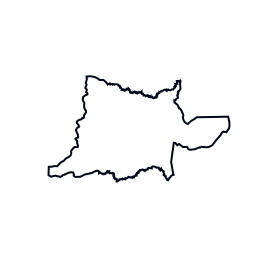 Somdet, Kalasin, Thailand (Mercator projection), rotated 240°
{"feature_id": "78962969B31755539935973", "entity_name": "Somdet", "entity_type": "district", "adm_level": 2, "iso_a3": "THA", "parent_name": "Thailand", "parent_adm1": "Kalasin", "projection": "mercator", "projection_center": [103.756, 16.783], "detail": "fine", "context": "isolated", "style": "outline", "palette": "ink", "viewbox_px": 256, "rotation_deg": 240, "n_neighbors": 0, "source": "geoboundaries", "source_scale": "gbopen_adm2", "svg_char_len": 5845}
<svg xmlns="http://www.w3.org/2000/svg" viewBox="0 0 256 256"><g transform="rotate(240 128 128)"><path d="M193.3,117.9L190.6,116.6L188.2,114.0L186.1,113.7L184.1,111.1L182.0,111.5L181.3,111.1L180.0,109.7L178.3,110.2L177.7,110.0L177.4,109.6L177.6,106.6L177.3,104.7L175.2,103.1L174.0,102.7L171.5,102.7L169.0,101.0L167.5,100.3L166.0,100.1L163.7,100.2L162.5,99.4L161.0,96.2L159.5,95.3L158.9,94.7L159.0,94.0L159.5,93.4L158.8,92.0L159.5,89.7L159.3,87.5L158.9,86.6L157.9,86.3L155.0,86.6L153.6,86.4L153.5,83.9L152.3,82.0L151.8,81.7L147.3,81.2L145.6,80.5L144.8,79.8L145.1,78.0L144.8,77.0L142.8,77.4L141.8,77.3L140.2,76.3L137.9,75.9L136.7,75.1L136.6,74.9L138.2,72.2L138.2,71.4L136.7,67.4L134.1,65.9L133.0,64.7L132.5,61.7L132.7,58.9L131.7,56.2L131.8,52.3L130.4,48.0L130.5,47.2L131.7,45.5L132.6,42.6L134.0,40.0L126.9,35.6L124.3,37.0L123.2,41.0L119.5,45.0L119.3,46.7L119.9,48.0L119.4,48.8L119.4,50.3L119.1,50.7L119.2,51.7L118.9,54.4L118.0,56.9L116.8,58.3L115.0,58.0L113.8,57.1L112.5,57.5L111.9,58.1L109.6,62.3L109.3,67.6L108.0,71.1L107.7,72.8L107.1,73.9L107.1,76.9L106.7,79.3L106.0,80.7L104.5,81.2L104.6,80.9L103.8,81.0L103.8,80.6L103.3,80.3L103.3,81.0L102.8,81.9L101.6,82.5L101.1,83.4L100.4,83.4L100.5,83.9L100.1,84.3L100.4,84.4L100.4,84.8L99.7,85.7L100.2,86.5L99.8,87.2L100.9,88.1L101.0,88.8L100.1,89.6L99.9,90.2L99.1,89.8L98.8,89.3L98.3,89.8L97.8,89.7L96.9,92.0L96.5,91.9L96.6,92.2L96.3,92.2L96.2,92.7L95.9,92.9L95.2,92.9L94.1,92.3L93.8,91.4L93.4,91.6L93.2,92.0L92.2,91.4L91.7,91.4L91.6,91.1L91.2,91.5L90.4,91.4L90.4,91.9L89.7,92.1L89.5,92.6L88.6,92.4L87.8,91.7L87.5,92.4L87.1,92.2L87.1,93.4L87.8,94.8L87.3,95.0L87.4,96.9L87.0,97.3L86.5,97.3L86.9,98.0L86.5,98.2L86.2,98.1L85.7,99.3L85.1,99.9L85.8,100.3L85.7,100.6L85.9,100.8L85.1,101.4L84.9,102.3L85.6,103.9L85.0,104.2L84.1,105.6L83.9,105.5L83.8,105.9L83.4,106.0L83.0,106.8L83.2,107.1L82.8,107.2L83.1,107.7L82.7,107.8L82.3,108.4L82.9,109.0L82.7,109.1L82.7,109.9L83.0,110.3L82.8,110.9L83.3,110.7L83.7,111.7L83.4,112.3L84.2,112.7L83.9,113.8L84.3,113.8L84.1,114.2L84.6,114.6L84.1,114.9L84.7,115.4L84.6,115.6L84.9,115.8L84.9,116.2L85.1,116.1L85.0,116.9L85.5,116.9L85.7,117.3L85.2,118.0L84.9,119.7L84.2,120.4L83.7,120.5L83.5,120.3L82.7,120.8L83.0,121.0L82.6,121.7L83.0,121.9L82.8,122.2L83.0,122.3L82.2,124.4L83.1,124.8L83.3,125.7L81.2,128.4L81.6,128.6L81.5,128.9L81.7,128.7L82.4,129.1L82.5,129.6L82.2,130.5L80.9,132.1L79.5,132.7L78.7,134.3L77.8,134.4L77.8,134.7L77.1,134.5L77.1,134.8L76.7,134.8L76.7,135.2L76.4,135.3L76.4,135.8L76.0,135.5L76.1,136.1L75.3,135.7L75.4,136.0L75.0,136.4L74.7,136.3L74.6,135.8L74.6,136.4L73.0,137.1L72.9,136.8L72.2,137.0L71.8,136.5L70.3,136.5L69.5,135.3L69.1,135.3L68.7,135.9L68.5,136.2L67.5,136.0L67.2,136.5L66.2,136.0L65.5,135.9L64.7,136.3L64.0,135.9L63.3,136.0L62.7,136.6L63.1,137.5L63.9,138.4L64.2,139.8L64.9,141.5L65.1,143.0L64.7,144.1L66.2,144.4L77.1,148.4L92.3,160.3L91.1,161.6L88.5,162.0L88.6,164.3L85.1,165.5L83.7,166.6L82.4,169.4L81.8,169.8L79.4,169.7L78.1,170.9L76.3,175.0L75.4,180.6L75.0,180.7L75.0,182.1L72.0,186.4L71.2,188.4L70.9,191.6L71.1,192.8L73.3,198.0L75.5,204.5L77.1,207.1L77.1,208.9L75.2,211.1L77.4,215.6L79.2,217.0L82.4,218.7L87.7,220.4L103.0,192.8L102.6,190.4L102.5,186.1L101.6,182.0L102.7,180.9L104.2,180.3L106.5,179.9L109.7,180.7L110.8,182.0L112.1,182.5L116.5,183.0L118.7,182.8L119.3,182.1L120.1,182.4L121.6,182.2L122.9,182.5L124.7,182.0L125.4,181.5L126.4,181.5L126.8,181.0L127.5,181.2L128.7,182.0L128.2,182.2L128.2,182.7L128.5,182.7L129.1,184.6L129.1,186.3L130.8,187.1L131.2,186.8L131.9,187.1L132.3,188.3L133.3,188.6L133.3,189.0L133.9,189.1L134.0,189.5L134.6,189.6L134.5,190.0L134.5,190.9L135.7,193.0L140.6,195.4L142.2,196.9L143.0,196.9L142.9,196.4L142.5,196.3L142.4,195.8L143.0,196.0L143.3,195.6L143.3,195.0L143.9,194.6L144.2,193.9L143.5,193.8L143.4,193.3L143.0,193.2L142.1,192.2L141.6,192.4L141.7,191.5L142.3,191.0L141.4,190.9L141.1,190.0L140.9,190.4L140.4,190.3L140.5,189.4L140.1,189.5L139.9,189.4L139.8,188.7L139.5,188.8L139.1,187.0L138.7,186.5L139.4,185.5L139.5,183.5L140.5,182.3L141.1,182.2L141.3,181.3L141.8,180.9L140.8,180.1L141.4,179.8L141.7,180.3L142.2,180.1L143.0,178.5L142.8,177.5L143.2,176.2L142.8,175.5L143.4,174.5L143.4,173.8L142.9,173.1L143.2,173.0L142.9,172.8L143.3,172.5L142.8,171.4L143.2,170.5L142.7,170.4L143.0,170.0L142.8,169.6L141.9,169.7L141.3,169.0L141.4,168.7L140.9,168.7L141.2,168.1L141.2,167.7L140.8,167.5L140.9,167.2L140.3,167.3L140.8,165.7L141.2,165.8L141.6,165.2L141.3,164.8L142.1,164.2L143.0,164.4L143.2,163.5L143.4,163.6L144.0,162.3L144.2,162.6L144.2,162.1L144.7,161.6L145.2,162.1L145.3,161.7L145.8,161.8L146.1,161.3L146.4,161.3L146.4,161.0L146.8,160.8L146.8,160.1L146.6,160.0L147.0,159.5L146.9,159.1L147.8,159.1L148.5,158.4L148.5,158.1L148.8,158.3L149.4,157.9L150.2,158.1L150.5,157.4L150.9,157.7L151.5,157.3L151.9,157.5L151.8,157.0L152.3,156.8L152.5,156.5L152.8,156.9L152.7,156.2L153.6,155.7L153.2,155.3L153.2,153.4L153.5,153.2L154.2,153.5L154.2,153.1L154.5,153.2L155.0,152.7L155.2,153.0L155.9,152.3L155.8,151.9L156.3,151.7L156.2,151.4L155.8,151.4L156.1,151.2L156.0,150.7L156.5,150.5L156.0,150.0L156.1,149.1L156.6,148.9L156.9,148.3L157.5,148.5L157.8,147.6L158.3,147.7L158.4,148.0L159.5,148.1L160.2,148.6L161.0,148.4L160.7,148.3L160.8,147.5L162.0,147.1L162.0,146.8L162.4,147.1L162.7,146.5L162.1,146.2L162.1,145.6L162.5,144.8L162.3,144.2L161.9,144.3L161.9,143.9L162.4,143.4L163.2,143.5L163.2,143.9L163.5,143.7L163.3,142.6L163.7,142.5L164.1,141.8L164.4,142.3L164.7,142.0L165.2,142.2L165.4,141.9L167.4,142.0L167.6,141.9L167.5,141.5L168.6,141.9L168.8,141.5L169.2,141.5L169.4,141.0L170.2,141.2L171.1,140.6L171.9,139.6L172.3,138.4L172.6,138.2L172.5,137.8L173.1,137.4L173.2,136.6L173.7,136.8L174.4,135.2L174.8,134.8L175.3,134.7L174.8,134.2L176.1,133.0L175.9,132.3L176.6,132.4L176.9,132.0L178.7,131.9L181.9,130.7L183.9,127.3L185.8,126.7L188.4,125.0L191.5,121.6L193.3,117.9Z" fill="none" stroke="#020617" stroke-width="2"/></g></svg>